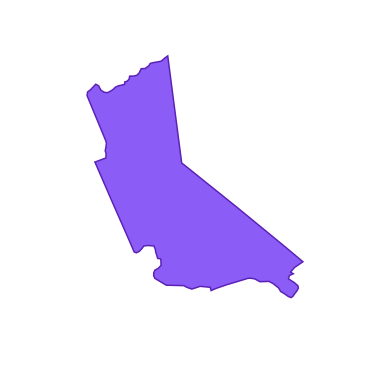 São Raimundo do Doca Bezerra, Maranhão, Brazil, rotated 219°
{"feature_id": "56859067B75688883738088", "entity_name": "São Raimundo do Doca Bezerra", "entity_type": "district", "adm_level": 2, "iso_a3": "BRA", "parent_name": "Brazil", "parent_adm1": "Maranhão", "projection": "robinson", "projection_center": [-45.146, -5.103], "detail": "fine", "context": "isolated", "style": "filled", "palette": "violet", "viewbox_px": 384, "rotation_deg": 219, "n_neighbors": 0, "source": "geoboundaries", "source_scale": "gbopen_adm2", "svg_char_len": 1323}
<svg xmlns="http://www.w3.org/2000/svg" viewBox="0 0 384 384"><g transform="rotate(219 192 192)"><path d="M334.3,200.9L291.0,177.4L289.1,175.9L287.2,172.8L285.3,169.3L283.3,168.1L280.3,164.3L286.3,154.2L252.2,136.4L210.1,114.7L199.2,109.0L197.0,109.7L195.6,112.6L195.3,116.6L195.5,119.6L192.8,122.5L187.7,126.1L184.2,124.2L182.4,122.5L176.9,118.8L174.2,120.3L172.1,118.1L169.8,115.4L170.3,111.2L171.7,107.9L170.9,105.2L169.2,102.9L166.5,101.5L155.9,103.0L153.3,103.4L139.4,114.1L136.3,114.6L131.1,116.4L126.3,123.8L117.9,129.4L115.1,127.4L112.7,132.1L106.9,141.4L100.4,150.9L94.2,160.1L92.2,161.9L88.4,164.0L82.8,165.0L76.0,170.9L71.3,171.9L64.3,171.9L60.5,170.5L56.3,171.1L51.4,171.4L48.5,172.3L47.9,174.8L48.2,177.7L48.2,181.2L48.9,184.3L50.7,185.8L55.5,186.0L62.3,185.2L63.8,188.3L61.8,192.2L65.0,191.8L64.8,198.0L61.9,207.6L85.1,208.0L148.0,208.4L218.3,208.1L296.5,282.5L297.3,279.6L297.8,277.0L298.2,274.5L300.2,271.9L303.0,268.8L305.4,265.7L305.0,263.2L306.1,258.5L309.1,255.9L308.0,251.2L308.3,248.0L310.5,245.2L313.4,242.8L311.9,240.2L312.1,237.3L313.5,235.4L312.2,233.2L314.1,230.6L315.9,228.4L317.5,225.3L317.9,221.8L319.2,218.1L320.4,215.8L323.0,214.3L326.5,213.8L329.5,214.9L331.5,215.8L334.6,215.2L334.9,211.9L335.2,207.6L336.1,204.1L334.3,200.9Z" fill="#8b5cf6" stroke="#5b21b6" stroke-width="1.5"/></g></svg>